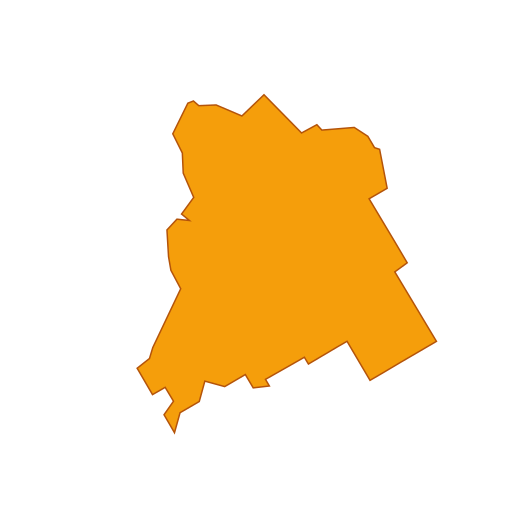 the district of Henry, Georgia, United States of America, rotated 239°
{"feature_id": "52423323B6580750779767", "entity_name": "Henry", "entity_type": "district", "adm_level": 2, "iso_a3": "USA", "parent_name": "United States of America", "parent_adm1": "Georgia", "projection": "orthographic", "projection_center": [-84.158, 33.473], "detail": "fine", "context": "isolated", "style": "filled", "palette": "amber", "viewbox_px": 512, "rotation_deg": 239, "n_neighbors": 0, "source": "geoboundaries", "source_scale": "gbopen_adm2", "svg_char_len": 857}
<svg xmlns="http://www.w3.org/2000/svg" viewBox="0 0 512 512"><g transform="rotate(239 256 256)"><path d="M283.8,416.9L287.8,413.4L301.0,413.5L315.6,406.4L330.0,377.3L337.2,375.8L338.0,358.4L390.1,345.9L383.3,316.0L406.0,299.6L414.3,284.4L421.1,282.2L422.1,276.3L403.6,247.6L382.2,245.9L364.5,236.3L338.3,232.8L330.3,213.8L320.7,217.2L328.3,207.2L324.2,193.1L300.5,180.7L287.6,175.7L266.7,174.6L230.7,120.4L223.0,111.9L221.0,96.3L218.5,96.3L190.5,95.9L190.2,110.5L174.0,110.5L167.3,95.4L157.5,95.3L146.5,95.1L160.8,110.2L160.5,132.4L175.1,147.7L160.2,161.9L160.1,167.0L159.9,185.8L144.4,185.7L137.7,200.5L145.4,200.6L144.9,220.4L144.3,245.3L136.4,245.3L136.2,279.4L136.0,290.1L90.7,289.7L90.5,304.1L90.4,325.5L89.9,366.7L170.9,366.8L172.3,382.1L196.2,382.3L246.8,382.4L246.5,403.3L283.8,416.9Z" fill="#f59e0b" stroke="#b45309" stroke-width="1.5"/></g></svg>